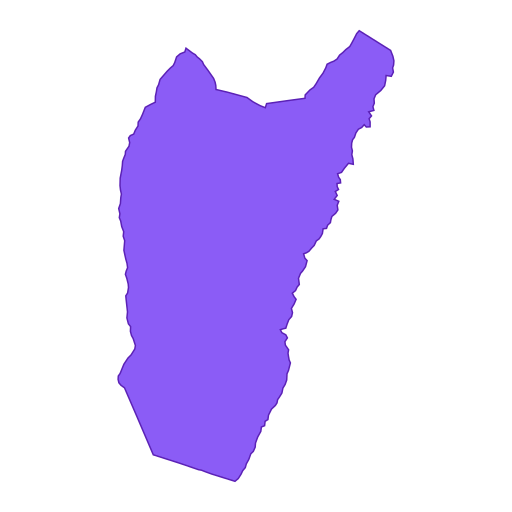 the district of Cianorte, Paraná, Brazil
{"feature_id": "56859067B27297856655617", "entity_name": "Cianorte", "entity_type": "district", "adm_level": 2, "iso_a3": "BRA", "parent_name": "Brazil", "parent_adm1": "Paraná", "projection": "albers", "projection_center": [-52.604, -23.737], "detail": "fine", "context": "isolated", "style": "filled", "palette": "violet", "viewbox_px": 512, "rotation_deg": 0, "n_neighbors": 0, "source": "geoboundaries", "source_scale": "gbopen_adm2", "svg_char_len": 3108}
<svg xmlns="http://www.w3.org/2000/svg" viewBox="0 0 512 512"><path d="M305.5,266.7L307.1,260.6L304.8,258.1L303.6,253.8L306.4,252.8L308.9,251.3L311.5,248.2L314.2,245.4L316.3,240.9L319.1,238.9L320.9,236.3L322.4,233.5L323.1,228.8L326.5,228.4L327.6,225.2L330.4,222.6L330.9,219.7L331.9,216.4L335.6,213.3L337.9,209.9L337.2,205.3L338.8,201.3L334.2,199.3L337.2,195.5L335.3,191.5L338.5,189.5L337.2,186.6L337.0,183.5L340.6,182.9L340.3,179.6L338.6,177.2L337.6,173.7L341.5,172.4L344.5,168.1L348.5,163.3L353.3,164.3L352.9,158.9L351.8,154.6L352.4,150.9L351.5,147.2L351.7,143.1L352.6,139.7L354.4,137.4L355.9,132.9L358.4,129.2L361.7,127.5L364.2,124.7L366.3,127.0L370.1,126.8L370.1,121.9L369.1,118.7L371.5,115.9L368.7,111.8L373.9,110.4L372.9,106.7L374.3,103.2L374.0,98.8L375.7,94.7L380.8,90.5L384.6,85.8L385.7,80.4L386.1,75.5L391.3,76.3L393.4,72.1L392.6,67.9L393.6,65.0L393.9,60.8L392.9,56.3L390.6,50.4L359.2,30.7L356.7,33.6L354.2,38.5L351.7,43.2L349.8,46.5L345.8,49.6L342.9,52.5L339.6,55.1L337.1,59.0L333.8,61.2L330.9,62.3L327.1,64.2L325.8,67.8L323.0,73.2L319.5,77.9L316.2,83.6L313.7,87.3L310.0,89.9L305.2,94.9L305.0,98.3L287.9,100.6L266.6,103.6L265.3,107.7L260.2,105.7L255.3,103.1L252.8,101.7L250.3,99.9L247.0,97.5L227.1,92.1L216.0,89.5L215.8,85.5L215.1,82.2L213.6,78.4L208.0,70.4L203.6,64.5L202.4,61.7L199.4,58.7L197.2,57.0L195.3,54.7L192.4,53.0L186.0,48.2L184.8,52.0L180.2,53.8L176.6,56.9L174.7,62.6L173.2,65.6L170.4,68.0L167.1,71.3L160.1,79.4L158.6,84.7L157.0,87.8L156.3,92.1L155.4,96.3L155.3,102.2L150.7,104.4L145.3,107.3L142.5,114.4L140.5,118.8L138.2,122.1L138.0,126.0L135.3,130.2L133.7,134.1L130.3,135.6L128.6,138.0L129.7,142.6L129.0,146.2L125.5,151.3L125.3,154.4L123.7,158.3L122.6,161.3L122.3,165.6L121.7,170.3L120.2,178.1L120.0,185.6L120.5,190.0L121.4,194.1L120.8,197.6L120.4,203.6L118.7,208.5L119.9,213.8L119.3,217.7L120.7,221.0L121.7,226.5L123.7,231.7L123.2,236.2L124.7,240.7L123.9,250.3L124.8,254.6L125.8,259.1L127.0,263.3L127.6,267.7L126.2,271.1L125.4,274.3L126.8,278.3L128.2,283.9L128.5,287.5L127.6,293.0L125.8,295.8L126.1,299.2L126.7,304.6L127.5,311.9L126.9,317.9L128.4,323.8L130.6,326.6L130.4,331.3L131.5,335.5L133.2,338.6L135.4,345.5L134.8,349.0L131.1,354.9L128.0,358.0L123.9,364.2L120.1,373.5L118.3,376.0L118.1,379.4L118.9,382.8L121.1,385.4L124.5,387.8L136.3,415.1L137.6,418.1L153.3,454.8L179.6,463.2L198.6,469.7L201.5,470.2L205.3,471.7L211.9,474.1L235.0,481.3L238.3,478.5L241.1,474.1L242.7,470.7L245.3,467.6L246.3,463.9L248.8,459.4L250.8,453.8L253.3,451.4L255.2,447.1L255.5,443.0L257.7,437.0L260.8,431.4L261.4,427.0L264.6,425.7L265.1,421.3L267.9,419.6L268.5,415.1L271.5,409.1L275.4,405.4L277.0,402.9L277.6,399.7L279.5,396.9L281.9,393.0L282.9,388.1L285.1,384.5L286.7,380.0L287.0,373.8L288.5,370.4L290.4,362.9L289.1,359.9L288.5,356.5L288.0,353.2L288.6,349.8L285.4,345.2L284.9,341.7L287.4,337.9L285.8,334.8L281.9,332.7L280.3,329.7L283.1,328.8L285.8,328.2L287.0,324.4L288.8,319.7L291.6,316.5L292.5,312.7L291.4,308.4L294.1,304.0L296.1,299.3L294.1,296.7L292.3,293.2L295.5,290.6L297.1,287.1L299.3,284.5L298.5,278.3L300.5,273.4L302.6,271.0L305.5,266.7Z" fill="#8b5cf6" stroke="#5b21b6" stroke-width="1.5"/></svg>